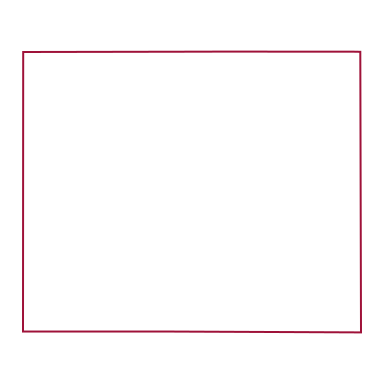 the district of Rush, Kansas, United States of America
{"feature_id": "52423323B32209186414231", "entity_name": "Rush", "entity_type": "district", "adm_level": 2, "iso_a3": "USA", "parent_name": "United States of America", "parent_adm1": "Kansas", "projection": "equal_earth", "projection_center": [-99.311, 38.523], "detail": "fine", "context": "isolated", "style": "outline", "palette": "rose", "viewbox_px": 384, "rotation_deg": 0, "n_neighbors": 0, "source": "geoboundaries", "source_scale": "gbopen_adm2", "svg_char_len": 226}
<svg xmlns="http://www.w3.org/2000/svg" viewBox="0 0 384 384"><path d="M23.2,52.0L23.0,331.5L159.4,331.5L361.0,332.4L360.3,51.8L354.4,51.7L225.5,51.6L184.8,51.7L23.2,52.0Z" fill="none" stroke="#9f1239" stroke-width="2"/></svg>